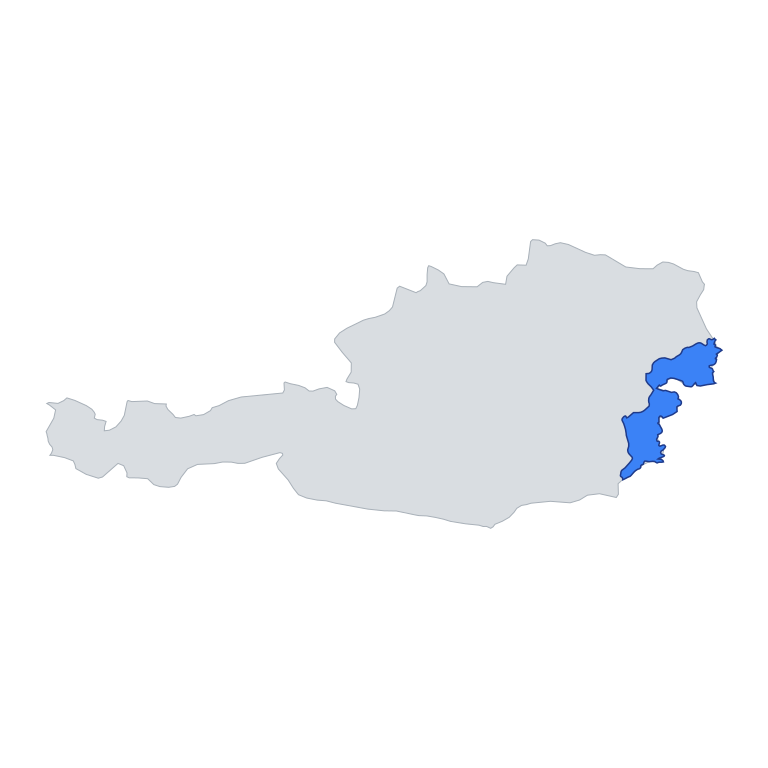 Austria, with Burgenland highlighted
{"feature_id": "AUT-2322", "entity_name": "Burgenland", "entity_type": "State", "adm_level": 1, "iso_a3": "AUT", "parent_name": "Austria", "parent_adm1": "", "projection": "robinson", "projection_center": [16.54, 47.475], "detail": "fine", "context": "in_parent", "style": "filled", "palette": "blue", "viewbox_px": 768, "rotation_deg": 0, "n_neighbors": 0, "source": "natural_earth", "source_scale": "10m", "svg_char_len": 6761}
<svg xmlns="http://www.w3.org/2000/svg" viewBox="0 0 768 768"><path d="M46.1,431.7L53.8,418.2L55.6,409.9L49.4,405.0L46.8,403.5L49.0,402.5L58.0,403.4L63.8,400.6L66.9,397.9L74.8,400.4L86.3,405.6L91.8,409.2L94.0,411.9L95.2,414.2L94.3,418.1L97.0,419.6L102.5,420.2L106.1,421.4L104.6,426.5L104.3,430.8L109.4,430.2L115.9,426.9L121.1,421.1L124.3,415.4L127.1,401.7L128.0,400.5L131.8,401.6L147.4,401.0L154.6,403.6L166.3,404.0L166.0,406.1L167.9,409.5L173.0,414.4L175.4,417.5L180.8,418.1L189.2,416.3L194.1,414.5L195.9,415.8L203.6,414.6L210.5,410.6L212.2,407.7L219.1,405.6L228.4,400.7L241.2,397.0L282.8,393.0L284.4,390.0L284.0,383.0L285.1,382.0L290.3,383.7L298.6,385.4L305.0,387.8L309.1,391.0L313.0,391.1L319.0,388.9L327.1,387.4L334.7,390.8L336.8,394.4L335.4,396.2L335.5,399.1L337.8,401.6L343.9,405.5L351.7,408.9L355.8,408.7L357.4,405.3L359.0,397.5L359.7,389.0L358.0,384.2L353.8,383.0L348.7,382.6L346.0,381.6L347.0,379.0L351.2,372.1L351.3,362.9L342.3,352.4L334.6,342.3L334.7,338.9L339.6,332.9L347.0,328.2L363.4,320.2L368.6,318.6L375.2,317.3L384.7,314.0L389.3,310.7L392.5,307.0L397.2,288.1L398.3,287.3L399.6,286.2L416.1,292.7L417.6,291.7L420.4,290.6L425.9,285.6L427.1,281.8L427.1,274.6L427.7,267.8L428.7,265.7L431.2,266.5L438.3,270.0L443.9,273.9L449.1,283.9L461.5,286.6L477.1,286.8L482.7,282.4L487.8,281.4L493.5,282.7L505.6,284.3L507.0,276.2L514.1,267.8L517.2,264.9L526.1,265.2L528.3,258.9L530.6,241.6L532.5,239.7L539.0,240.1L545.3,243.2L547.2,245.8L550.6,245.6L555.2,243.8L560.4,242.7L568.4,244.5L585.6,252.4L594.5,255.3L600.2,254.7L605.4,254.9L625.8,267.0L640.0,268.7L653.0,268.8L657.2,265.1L662.8,262.0L668.5,262.4L673.6,264.0L683.4,269.3L687.9,270.7L694.0,271.5L698.4,272.7L702.4,281.9L704.5,284.3L704.2,285.5L703.7,289.6L700.3,294.9L696.6,301.8L696.9,307.8L706.4,328.8L714.8,341.5L716.4,346.4L721.8,350.1L716.7,354.8L715.7,361.8L712.4,364.9L711.5,368.8L712.9,372.4L712.9,377.0L714.8,383.2L706.6,384.6L696.8,384.3L693.2,384.7L690.0,386.4L686.6,385.6L677.7,379.7L672.7,378.4L669.2,378.8L666.5,381.3L662.0,384.6L657.7,386.9L658.7,388.9L677.0,394.2L680.3,402.2L676.8,408.8L675.6,412.1L671.3,414.6L666.0,416.8L659.6,417.4L658.8,420.9L661.3,431.4L659.3,433.7L657.3,436.9L659.2,445.5L663.1,446.1L664.0,448.1L663.3,451.6L662.6,455.3L661.2,459.2L660.5,461.0L657.9,462.0L649.7,461.5L642.7,464.8L628.5,476.9L623.5,478.9L618.1,483.7L618.4,494.3L617.7,495.3L616.3,497.5L599.4,493.7L598.8,493.8L587.4,495.2L579.6,500.0L570.1,502.8L550.4,501.3L531.1,503.2L526.5,504.6L521.5,505.4L516.8,508.3L514.1,512.2L509.2,517.3L502.4,521.2L494.9,524.3L493.1,526.8L490.7,528.3L486.5,526.4L483.2,526.5L479.1,525.2L465.5,523.8L450.6,521.4L443.5,519.2L435.4,517.4L426.7,515.9L418.9,515.6L415.0,514.9L396.4,511.0L384.0,510.8L367.8,509.1L335.5,503.2L326.2,500.8L317.2,500.1L306.6,498.0L298.5,494.7L293.5,488.4L288.1,479.9L278.3,468.9L276.3,463.4L279.5,458.6L282.8,455.0L282.4,453.4L280.0,452.6L262.1,457.3L244.8,463.3L238.0,463.4L231.4,462.1L222.7,462.0L214.3,463.6L197.5,464.4L187.6,468.8L181.1,477.3L177.5,484.2L174.6,486.4L168.7,487.3L159.9,486.6L153.8,484.6L147.7,478.7L138.0,477.9L129.1,477.8L126.8,476.7L127.0,472.9L123.7,465.7L118.0,463.4L102.5,477.0L98.3,478.2L86.3,474.4L75.9,468.6L74.9,464.4L73.3,460.9L64.5,457.6L53.4,455.3L49.9,455.3L51.4,453.3L52.8,449.8L52.1,447.1L49.6,444.2L48.2,441.1L47.9,438.2L47.2,435.7L46.8,433.5L46.1,431.7Z" fill="#d9dde1" stroke="#a8b0b8" stroke-width="1"/><path d="M721.9,350.2L716.4,354.1L717.3,355.0L717.3,355.7L716.9,356.4L716.6,357.3L716.4,357.5L715.6,358.0L715.4,358.3L715.5,358.8L715.9,359.0L716.4,359.1L716.6,359.3L716.2,361.3L715.7,362.8L714.8,363.9L713.4,364.9L710.3,365.4L709.2,365.9L709.2,367.1L709.8,367.6L711.7,368.4L712.4,368.8L713.2,370.9L713.8,371.6L712.5,372.8L712.6,374.7L713.2,377.0L713.4,380.6L713.8,381.7L714.6,382.6L715.6,383.1L713.7,383.8L707.3,384.6L700.3,386.0L696.9,385.5L695.6,382.6L694.5,383.5L692.7,385.8L691.8,386.6L691.0,386.8L686.0,386.1L685.0,385.6L684.1,384.7L683.8,384.4L683.4,383.6L683.1,382.4L682.6,381.4L681.5,380.8L674.4,378.4L670.7,378.0L667.4,379.3L666.9,380.3L667.0,381.8L666.6,382.8L665.8,383.4L662.3,385.0L661.2,385.8L660.6,386.1L660.2,386.0L659.8,385.7L659.3,385.1L658.6,385.7L657.3,387.5L656.5,388.3L658.1,389.1L663.1,390.8L665.5,390.4L669.8,391.8L671.3,392.4L674.3,391.9L676.2,392.7L677.7,394.5L678.5,396.7L678.0,398.9L679.5,399.6L680.7,400.6L681.4,402.0L681.3,403.7L680.4,405.1L677.8,406.1L676.8,407.0L677.1,411.5L675.9,412.3L672.6,414.5L663.1,418.2L662.0,416.7L660.8,416.0L659.7,416.3L658.8,417.7L659.0,421.9L658.8,422.3L658.4,422.5L658.0,422.8L657.9,423.4L658.2,423.8L658.6,424.0L659.0,424.1L659.2,424.4L661.9,429.2L662.3,431.0L661.7,432.5L660.4,433.5L657.7,434.7L658.0,436.7L656.6,439.1L656.9,440.9L657.4,441.3L658.1,441.3L658.9,441.3L659.5,442.1L659.5,443.0L658.8,444.9L658.8,445.5L660.0,446.2L663.0,445.0L664.4,445.1L665.5,446.4L665.1,447.7L663.0,450.0L661.2,451.0L660.6,452.6L661.3,454.1L663.0,454.6L664.1,455.1L664.4,455.6L664.0,456.3L663.0,456.8L659.1,458.2L658.0,459.0L660.5,459.3L661.8,459.7L663.0,460.7L663.4,461.9L661.8,462.2L659.4,462.2L658.0,462.5L657.6,462.8L657.1,462.9L656.7,462.8L656.2,462.5L654.7,461.5L652.8,461.3L649.2,461.7L645.9,461.1L644.6,461.2L643.8,462.5L643.4,464.1L642.7,464.6L641.8,464.8L640.9,465.5L640.7,466.1L640.8,466.8L640.7,467.4L640.1,468.2L639.5,468.7L637.6,469.3L635.4,470.7L634.3,471.7L631.1,475.4L630.0,476.4L628.5,476.9L624.9,478.8L623.0,479.7L622.7,479.8L622.7,479.7L622.7,479.3L622.5,478.1L622.4,477.8L622.0,477.3L620.9,476.6L620.5,476.0L620.4,475.4L620.8,473.5L620.9,472.4L621.2,471.3L621.8,470.3L625.0,467.9L629.4,463.0L631.7,460.1L632.3,458.9L632.4,458.2L632.2,457.3L629.0,453.8L628.2,452.5L627.8,451.0L627.7,449.8L628.7,446.4L628.7,443.4L626.3,435.3L626.2,433.6L625.5,429.4L624.6,426.3L623.7,423.6L622.1,420.4L622.0,419.4L622.3,418.5L623.6,416.9L624.5,416.2L625.6,416.0L626.1,416.7L626.4,417.4L626.7,417.9L628.3,417.1L633.5,412.6L638.6,412.6L640.8,412.3L643.0,411.3L644.5,410.3L649.1,406.1L649.3,405.0L649.3,403.6L648.8,402.3L648.6,400.7L648.8,398.3L649.3,397.0L650.2,395.7L650.8,395.0L653.7,390.2L651.1,386.7L648.1,383.8L646.7,381.8L646.0,380.4L646.1,373.7L649.1,373.4L650.2,372.6L651.3,371.6L651.8,370.6L652.1,369.3L652.3,365.0L653.6,362.8L655.0,361.5L659.3,358.7L661.8,358.1L664.9,357.9L671.1,359.7L674.6,358.2L676.3,356.7L679.4,354.9L680.6,353.9L681.5,352.5L682.7,349.7L684.9,348.2L686.8,347.5L687.8,347.3L688.8,347.5L692.6,346.0L696.1,343.8L698.2,342.9L700.0,342.8L701.4,343.3L704.1,345.1L705.5,345.7L706.5,345.1L707.2,344.1L707.3,343.2L707.0,342.3L707.0,341.6L707.3,339.9L708.5,338.9L709.1,338.7L710.0,339.0L710.8,339.5L711.8,339.7L712.6,339.5L713.2,339.2L714.3,338.3L714.7,338.9L715.9,339.9L715.0,340.9L714.5,342.0L714.0,344.1L714.4,344.2L715.4,345.0L715.0,346.8L717.0,347.7L719.9,348.6L721.9,350.2Z" fill="#3b82f6" stroke="#1e3a8a" stroke-width="1.5"/></svg>